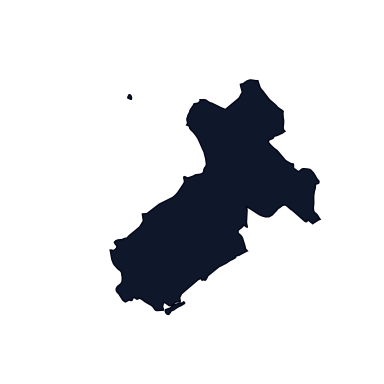 SVG path tracing the border of Jawa Tengah, rotated 313°
{"feature_id": "IDN-1224", "entity_name": "Jawa Tengah", "entity_type": "Province", "adm_level": 1, "iso_a3": "IDN", "parent_name": "Indonesia", "parent_adm1": "", "projection": "natural_earth1", "projection_center": [110.164, -7.029], "detail": "fine", "context": "isolated", "style": "filled", "palette": "ink", "viewbox_px": 384, "rotation_deg": 313, "n_neighbors": 0, "source": "natural_earth", "source_scale": "10m", "svg_char_len": 4483}
<svg xmlns="http://www.w3.org/2000/svg" viewBox="0 0 384 384"><g transform="rotate(313 192 192)"><path d="M93.8,171.8L94.5,172.6L95.1,173.8L96.0,174.7L97.8,175.1L99.8,175.0L100.9,174.4L101.5,173.1L101.7,171.0L102.4,169.5L104.0,169.5L105.6,170.1L106.6,170.7L109.7,173.5L111.6,174.1L113.8,175.8L114.4,175.9L116.6,175.8L130.7,177.6L137.7,176.2L142.1,170.7L145.3,173.8L160.9,176.4L174.7,181.6L178.3,182.1L181.8,182.0L192.3,180.3L194.3,179.6L195.2,178.7L195.5,178.2L196.8,176.2L197.4,175.8L198.3,176.2L198.6,177.1L198.7,178.1L199.1,179.0L200.3,179.9L204.0,181.9L206.8,182.8L210.2,185.6L211.9,186.7L213.9,187.0L215.4,186.3L216.7,185.3L218.2,184.8L220.0,184.7L221.3,184.2L222.4,183.4L225.7,179.4L229.3,173.9L235.2,160.0L236.2,155.9L236.7,152.3L236.8,148.5L237.2,146.7L238.0,145.6L238.2,144.4L237.4,142.4L239.0,142.0L239.9,141.3L241.2,139.2L242.2,138.3L246.3,136.4L248.4,136.0L249.2,135.6L250.5,134.9L251.2,134.7L256.1,134.0L257.9,133.4L258.6,134.0L260.9,135.6L261.7,136.0L263.3,136.0L264.2,135.9L264.5,135.7L264.8,135.0L265.5,135.5L266.1,136.3L266.2,136.6L267.3,137.4L268.1,138.3L268.7,139.6L269.2,143.3L270.6,146.5L273.6,156.4L275.0,159.8L275.6,160.4L276.1,160.5L276.6,160.4L291.6,162.3L293.6,162.3L296.9,161.3L298.6,161.1L299.8,160.1L302.6,155.5L303.8,154.0L306.0,155.5L310.6,156.5L313.3,157.9L314.2,158.8L316.9,162.7L318.3,164.3L318.0,164.7L314.8,170.5L314.2,173.0L314.1,174.7L312.7,183.1L312.3,185.6L312.6,193.7L312.3,196.9L312.4,198.0L313.1,202.0L313.2,203.0L313.1,203.7L311.7,204.6L308.5,208.0L307.2,209.7L306.1,210.9L303.8,212.8L302.1,214.0L301.5,214.5L301.1,214.9L300.6,215.5L300.0,216.6L299.8,217.3L299.8,218.5L296.5,217.8L291.5,215.7L290.3,215.0L289.2,214.2L288.6,214.0L288.0,214.2L287.3,214.5L286.4,214.5L285.2,214.1L283.8,213.3L281.7,212.8L280.3,214.3L279.9,218.2L279.9,222.6L280.3,225.4L280.2,227.2L278.8,238.9L279.9,243.9L280.5,245.6L281.5,246.8L281.0,247.8L279.0,249.6L278.6,250.4L278.6,251.0L278.9,251.6L279.0,252.3L279.1,254.0L279.3,255.6L280.7,256.4L283.5,256.7L284.4,257.1L285.3,257.9L287.4,260.6L288.2,261.8L288.8,262.8L289.0,264.2L288.8,267.8L288.2,270.0L286.9,274.1L286.5,277.3L286.0,277.9L285.2,278.5L284.3,278.4L283.6,278.0L282.9,277.5L282.3,277.2L281.4,277.4L279.4,279.1L278.1,279.9L275.9,281.0L271.9,283.8L266.8,288.7L263.9,290.9L262.3,292.4L261.1,294.0L260.7,294.9L260.6,295.6L260.7,297.7L260.7,298.5L260.7,299.0L259.5,303.6L259.4,304.3L258.3,303.7L251.6,301.9L251.2,301.9L250.7,295.5L250.3,295.5L249.7,295.5L249.2,296.0L248.6,296.1L247.9,295.5L247.6,294.5L247.1,278.1L246.7,275.6L246.6,271.2L246.5,270.2L246.2,269.4L245.6,268.4L244.0,267.3L240.1,266.7L238.8,266.1L235.9,266.4L234.3,266.3L229.9,266.3L226.5,265.2L224.0,262.7L222.7,260.3L221.4,256.8L218.8,242.6L218.5,241.8L216.3,244.6L207.5,252.0L206.3,253.2L204.7,255.5L204.0,256.3L203.8,256.1L203.6,255.3L203.3,252.8L203.0,252.3L202.5,252.3L202.1,252.5L201.6,252.6L200.9,252.6L196.0,251.9L194.1,252.7L193.6,253.6L193.3,254.7L193.5,257.2L193.2,259.0L192.5,260.7L188.4,267.8L187.1,269.5L186.8,270.4L186.6,272.6L185.9,272.2L177.6,269.4L175.5,267.8L173.7,268.5L170.8,267.7L167.9,266.5L163.1,265.4L155.4,262.6L141.6,260.7L138.4,261.7L136.8,261.9L136.0,261.0L135.8,260.3L135.3,260.1L134.8,259.8L134.4,259.4L134.4,258.8L135.0,257.8L134.9,257.4L134.4,257.1L132.1,256.2L118.3,254.6L110.3,253.7L106.1,255.1L105.0,256.8L104.0,257.9L103.5,258.0L101.0,255.6L100.2,255.1L99.2,254.9L97.4,254.9L95.7,254.6L94.4,253.9L93.4,252.9L92.8,248.6L92.1,246.5L90.9,246.8L90.4,247.3L88.4,248.4L87.8,249.1L86.7,251.0L86.1,251.6L81.4,247.2L81.1,246.7L80.8,246.0L80.8,244.7L81.0,243.7L81.4,242.2L81.5,241.0L81.4,239.6L79.8,232.8L79.4,228.8L79.1,227.4L78.8,226.6L78.4,225.9L77.5,225.5L76.7,225.2L76.1,224.9L75.7,222.8L75.5,221.5L75.0,221.2L74.0,221.2L72.1,221.9L71.3,221.7L70.8,221.0L70.2,219.6L68.3,219.0L66.2,218.3L65.7,215.4L67.6,208.1L67.7,206.0L68.0,204.6L68.6,203.4L69.6,202.6L71.1,202.1L72.5,202.0L75.6,202.5L77.7,202.4L78.6,202.0L79.4,201.5L81.6,199.7L82.6,198.5L83.7,197.1L84.6,196.1L85.2,195.0L85.6,193.7L85.4,192.0L85.3,189.3L85.8,184.6L86.2,183.2L88.0,179.5L93.6,172.0L93.8,171.8ZM103.9,260.4L104.2,260.8L105.8,260.7L106.1,261.3L105.8,262.3L105.2,262.5L104.4,262.2L102.3,261.7L97.9,260.0L93.1,259.0L92.1,258.4L90.8,257.9L87.4,258.5L86.2,258.1L85.7,256.7L85.9,255.1L86.7,253.6L87.9,252.9L92.1,255.2L96.3,255.9L98.9,256.8L103.2,259.6L103.9,260.4ZM218.0,80.3L220.2,79.7L220.8,80.5L220.6,82.1L219.5,83.7L218.5,84.3L217.9,83.7L217.6,82.5L217.2,81.6L217.1,80.8L218.0,80.3Z" fill="#0f172a" stroke="#020617" stroke-width="1.5"/></g></svg>